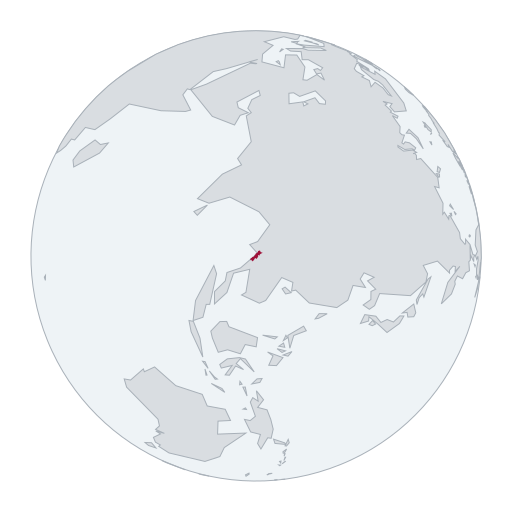 the Earth from above Mon, rotated 65°
{"feature_id": "MMR-3270", "entity_name": "Mon", "entity_type": "State", "adm_level": 1, "iso_a3": "MMR", "parent_name": "Myanmar", "parent_adm1": "", "projection": "orthographic", "projection_center": [97.638, 16.295], "detail": "fine", "context": "on_globe", "style": "filled", "palette": "rose", "viewbox_px": 512, "rotation_deg": 65, "n_neighbors": 0, "source": "natural_earth", "source_scale": "10m", "svg_char_len": 12040}
<svg xmlns="http://www.w3.org/2000/svg" viewBox="0 0 512 512"><g transform="rotate(65 256 256)"><circle cx="256" cy="256" r="225" fill="#eef3f6" stroke="#a8b0b8"/><path d="M470.6,323.9L470.1,325.4L470.0,325.7L470.6,323.9ZM353.1,52.7L355.1,54.0L364.1,58.9L356.5,55.1L378.3,68.2L386.0,75.3L372.9,64.9L368.2,62.2L371.2,65.4L367.0,63.4L366.1,64.0L360.8,61.5L353.6,56.4L350.0,55.0L352.4,57.4L348.6,57.0L345.6,53.5L338.7,52.7L325.3,45.6L321.7,40.9L309.9,37.5L304.5,36.0L321.1,40.3L337.4,45.9L353.1,52.7ZM371.4,63.4L369.3,61.7L372.8,64.1L371.4,63.4ZM366.9,64.5L368.8,65.8L367.5,65.7L366.9,64.5ZM358.2,62.0L355.5,61.7L357.0,61.0L358.2,62.0ZM353.1,61.0L346.7,61.1L350.4,63.6L336.1,57.2L346.4,58.8L347.6,57.4L349.6,59.4L353.1,61.0ZM295.8,34.3L298.9,34.9L291.1,33.6L286.5,32.8L286.8,32.8L295.8,34.3ZM286.1,32.7L283.6,32.5L282.8,32.3L286.1,32.7ZM329.3,54.0L326.7,53.5L328.0,53.1L329.3,54.0ZM278.7,31.9L278.9,31.9L272.3,31.3L273.6,31.4L278.7,31.9ZM304.1,36.0L304.3,36.3L298.0,35.2L297.2,35.2L291.0,33.6L304.1,36.0ZM270.9,31.2L269.0,31.1L264.9,30.9L265.9,30.9L270.9,31.2ZM282.1,32.2L282.7,32.4L280.2,32.1L282.1,32.2ZM268.2,31.1L269.7,31.2L270.6,31.3L268.1,31.2L268.2,31.1ZM287.0,33.2L284.3,32.9L289.2,33.8L284.7,33.4L281.4,32.5L280.9,32.7L279.5,32.6L278.4,32.1L287.0,33.2ZM268.4,31.6L262.7,31.0L254.8,30.9L253.4,30.8L266.3,31.0L268.4,31.6ZM274.4,31.9L270.4,31.6L270.7,31.4L273.6,31.5L274.4,31.9ZM282.8,33.5L290.6,34.3L291.1,34.6L282.8,33.5ZM266.1,31.5L267.5,31.7L265.5,31.5L266.1,31.5ZM277.6,32.8L280.3,33.0L280.8,33.2L277.6,32.8ZM268.2,32.1L266.3,31.8L268.2,31.8L268.2,32.1ZM272.5,32.5L272.4,32.7L270.0,31.9L273.6,32.5L272.5,32.5ZM277.6,33.0L278.8,33.2L276.4,32.9L277.6,33.0ZM262.0,32.8L258.5,31.8L262.8,31.6L265.5,32.5L262.0,32.8ZM76.7,119.6L74.5,122.7L77.0,126.5L76.2,129.2L69.0,138.2L65.3,157.9L72.3,151.5L75.8,164.7L82.6,168.6L97.2,151.1L86.2,144.2L91.1,134.1L105.4,131.8L116.1,139.0L118.3,135.4L117.3,124.1L125.6,119.6L117.7,119.8L116.5,124.2L111.5,124.8L112.2,120.9L115.1,119.2L113.6,116.0L100.2,125.6L97.6,131.2L89.9,128.7L84.9,138.0L80.8,140.7L87.7,126.1L91.5,121.8L99.5,105.4L94.8,109.5L86.9,125.6L86.8,123.5L80.4,130.2L85.1,123.4L95.0,105.8L92.0,104.7L77.9,118.2L78.2,117.7L98.1,95.3L96.0,98.6L101.4,93.7L110.6,84.8L109.1,87.0L112.5,84.1L112.4,85.6L120.9,81.2L122.1,82.4L133.7,75.0L135.9,74.9L128.4,79.1L123.8,83.2L127.8,87.8L131.0,87.0L138.2,82.0L138.4,84.4L144.9,79.1L151.3,80.2L148.9,74.7L157.4,69.9L165.7,68.0L168.1,65.7L154.5,68.9L149.4,71.3L145.8,74.7L131.7,81.6L128.5,81.4L141.7,71.3L138.7,70.3L150.2,63.8L179.8,57.4L188.0,58.5L183.9,69.6L177.2,71.6L175.4,68.3L169.5,75.6L173.6,72.9L173.8,75.2L181.9,72.0L182.4,73.5L189.3,68.2L190.8,69.8L186.4,73.1L199.6,70.7L205.0,73.6L207.8,72.5L209.2,70.4L215.1,76.0L216.9,74.9L215.6,72.6L218.3,69.1L225.5,65.5L227.1,67.6L224.8,69.2L222.3,76.2L215.8,80.7L217.2,81.3L223.3,77.9L226.2,69.3L230.0,66.6L229.6,70.4L230.0,68.8L232.5,68.1L236.4,69.7L237.3,65.5L261.6,58.1L271.6,61.2L268.5,64.8L287.2,64.2L297.1,69.1L295.9,66.8L304.1,65.8L301.1,64.2L301.2,63.1L320.8,61.6L326.7,63.5L333.8,61.7L333.2,60.7L329.3,59.0L336.1,57.2L350.4,63.6L351.1,65.5L359.6,68.8L359.8,72.9L363.9,78.4L359.2,81.9L362.9,86.5L365.8,87.4L373.0,94.9L377.7,108.3L361.0,93.3L351.5,75.6L354.2,82.1L349.8,79.7L348.4,81.6L350.7,86.7L353.3,87.8L337.3,93.7L335.2,108.4L344.6,108.0L351.4,113.0L357.2,132.8L342.3,159.8L351.1,169.5L352.2,175.8L345.7,179.6L344.0,170.3L336.7,166.8L336.7,161.5L325.7,165.4L325.2,157.9L316.9,165.2L320.9,171.3L330.8,170.1L323.7,180.5L334.8,191.4L336.9,204.6L321.1,227.6L303.7,234.4L302.8,238.6L295.5,233.7L286.4,241.8L300.4,266.0L300.2,272.9L285.2,285.6L284.7,280.5L265.4,267.3L262.1,283.6L276.8,297.8L281.9,313.9L270.7,308.6L265.6,294.4L258.7,289.3L260.3,275.1L254.2,253.5L243.0,256.9L243.6,248.4L233.5,230.3L217.2,234.6L191.5,254.8L188.3,276.3L179.3,284.8L167.6,251.9L167.3,230.6L159.9,231.5L150.4,212.0L124.9,205.6L124.1,199.7L118.7,201.0L112.5,193.7L112.3,184.3L107.2,183.4L108.4,208.2L114.1,209.4L122.9,202.4L121.8,210.9L128.2,220.1L111.0,236.6L77.8,244.8L79.3,228.3L78.9,179.6L81.5,175.3L81.7,174.7L82.0,173.7L77.1,180.5L78.6,171.4L73.7,203.6L70.8,216.8L77.3,245.6L75.5,247.6L79.0,254.2L96.1,253.5L95.2,258.8L84.2,280.7L64.7,306.6L70.1,330.1L73.4,348.6L67.4,356.3L74.2,371.3L72.0,373.9L76.0,381.9L77.8,388.5L78.4,393.1L73.2,387.7L68.7,381.2L67.5,379.4L65.8,376.7L57.6,362.8L50.5,348.3L44.4,333.4L39.4,318.0L36.9,307.6L34.3,294.3L30.8,261.5L31.2,246.8L31.5,239.0L31.4,238.2L33.3,222.2L36.2,206.4L40.3,190.8L45.5,175.6L51.8,160.8L59.1,146.5L67.4,132.7L76.7,119.6ZM122.4,157.4L132.0,161.7L136.1,148.5L140.2,149.3L140.1,144.7L136.4,147.5L137.5,135.7L144.7,134.1L147.8,129.0L144.8,127.4L131.4,132.5L129.8,149.0L124.0,152.9L122.4,157.4ZM131.7,69.1L128.9,71.4L124.7,74.0L123.3,74.2L129.2,70.2L131.7,69.1ZM125.8,74.3L139.3,65.2L140.8,65.3L137.6,66.6L137.3,67.6L132.2,70.2L120.3,79.9L115.9,83.0L115.6,80.6L118.1,79.4L120.8,76.9L125.8,74.3ZM171.2,47.6L177.1,45.2L172.6,48.3L167.7,50.2L165.9,50.0L170.7,47.7L171.2,47.6ZM261.6,30.8L259.8,30.8L261.6,30.8ZM256.1,30.7L255.9,30.7L256.1,30.7ZM224.4,32.9L224.7,32.9L233.3,32.2L243.0,31.4L246.4,31.4L242.8,31.7L248.6,31.5L244.1,32.3L246.4,32.5L244.3,33.7L236.0,34.8L239.2,35.0L237.7,36.4L230.9,37.7L232.4,36.3L223.9,39.0L222.0,37.9L221.1,38.3L217.0,38.3L210.4,39.1L210.6,38.5L208.0,39.1L205.2,39.3L201.7,40.1L200.7,39.5L196.3,40.5L198.3,39.7L191.0,41.7L196.0,40.0L192.8,40.6L189.7,41.9L191.8,40.1L208.0,35.9L224.4,32.9ZM261.1,33.1L251.6,33.9L245.9,34.0L252.0,31.9L250.6,31.6L254.3,30.9L262.5,31.1L260.7,31.2L260.9,31.4L258.2,31.2L260.4,31.5L258.0,31.8L259.0,32.2L255.7,32.3L261.1,33.1ZM79.4,126.8L79.6,128.1L80.7,129.0L76.7,133.6L79.4,126.8ZM85.9,114.7L86.6,114.8L81.5,121.1L81.4,120.1L85.9,114.7ZM91.3,109.9L87.0,114.4L89.3,111.3L91.3,109.9ZM129.5,79.2L130.8,79.4L129.3,80.7L126.5,82.1L129.5,79.2ZM205.3,47.9L207.1,46.5L208.5,46.3L215.6,43.8L217.6,44.8L214.1,46.7L205.3,47.9ZM92.8,153.2L88.4,155.6L88.4,153.2L90.0,152.8L92.8,153.2ZM80.2,144.0L81.0,148.4L79.1,145.2L80.2,144.0ZM208.7,48.5L211.3,47.2L210.7,48.5L208.7,48.5ZM219.4,45.4L219.4,46.7L218.7,44.6L219.4,45.4ZM184.5,454.9L189.1,457.2L185.7,456.8L184.5,454.9ZM96.6,354.3L98.3,383.6L91.7,381.3L86.3,371.3L82.8,352.8L89.2,349.9L91.1,342.1L96.6,354.3ZM336.8,350.0L343.2,350.7L342.9,351.7L336.8,350.0ZM330.2,346.8L337.6,346.9L328.8,348.9L330.2,346.8ZM340.4,346.9L347.9,344.8L351.2,343.0L350.5,345.1L340.4,346.9ZM325.1,346.9L297.2,346.8L286.1,344.0L288.8,340.4L306.8,341.5L325.1,346.9ZM287.9,340.3L270.8,329.6L246.8,298.2L255.4,299.2L280.3,318.4L278.8,321.6L289.1,330.0L287.9,340.3ZM329.0,321.4L327.3,330.9L312.0,330.2L305.0,328.7L300.2,316.4L302.9,310.2L308.7,310.4L330.6,289.1L338.4,294.2L331.7,303.2L338.0,311.5L329.0,321.4ZM189.3,278.5L194.3,292.0L189.4,293.5L189.3,278.5ZM339.1,274.0L330.5,283.5L338.3,270.9L339.1,274.0ZM343.5,262.1L344.2,266.9L340.5,262.4L343.5,262.1ZM302.9,245.2L296.8,246.2L296.5,242.8L304.1,239.6L302.9,245.2ZM338.4,215.9L338.9,225.7L338.0,229.0L334.9,223.1L338.4,215.9ZM229.6,59.1L217.5,61.1L210.2,64.1L208.1,67.9L205.8,63.8L217.2,59.2L229.6,59.1ZM257.5,57.8L259.2,55.1L261.9,56.2L261.9,57.0L257.5,57.8ZM256.1,56.2L251.7,53.4L255.0,51.9L257.8,54.4L256.1,56.2ZM229.8,49.7L226.0,50.1L226.7,48.9L229.8,49.7ZM405.3,424.7L401.6,427.8L419.9,410.5L405.3,424.7ZM378.1,435.4L381.1,429.6L387.7,427.8L382.3,433.5L378.1,435.4ZM429.3,400.0L430.5,398.5L435.7,391.5L432.0,396.7L429.3,400.0ZM362.5,413.8L320.2,428.7L311.7,427.4L315.4,422.1L310.7,405.8L313.7,406.1L313.7,394.8L339.6,383.5L358.7,363.2L371.3,363.6L381.9,348.7L394.3,348.6L389.6,360.2L401.2,366.1L412.2,340.0L416.2,365.7L422.5,373.5L420.6,389.1L397.7,418.1L387.4,424.6L386.8,422.6L382.2,425.8L377.0,425.6L376.9,417.7L372.2,420.8L378.0,414.0L370.7,420.3L369.2,415.3L362.5,413.8ZM449.8,354.1L450.8,354.4L451.4,358.1L449.9,358.0L449.8,354.1ZM467.7,331.0L467.4,332.8L466.6,334.1L467.7,331.0ZM470.0,325.7L469.2,327.4L470.6,323.9L470.0,325.7ZM459.1,336.4L459.3,337.8L458.7,338.6L459.1,336.4ZM458.7,336.1L459.8,333.1L459.3,335.8L458.7,336.1ZM455.0,323.7L455.9,322.1L456.1,323.1L455.0,323.7ZM352.6,350.4L361.7,342.8L366.4,341.9L352.6,350.4ZM454.1,321.1L452.1,321.5L452.4,320.0L454.1,321.1ZM454.6,317.7L454.5,315.7L455.4,320.2L454.6,317.7ZM450.9,314.2L453.2,317.2L450.6,314.7L450.9,314.2ZM449.3,315.1L447.5,313.9L447.6,313.3L449.3,315.1ZM425.7,322.2L433.0,333.1L426.6,333.8L419.6,327.4L413.2,335.2L399.2,335.5L402.7,330.8L401.0,324.3L386.0,322.9L383.0,318.8L388.5,315.4L378.3,312.6L389.5,309.9L393.9,318.5L400.1,311.0L410.5,311.7L420.2,313.6L427.6,319.3L425.7,322.2ZM389.2,329.7L391.1,329.5L389.3,332.4L389.2,329.7ZM443.9,309.8L446.6,313.6L446.2,314.7L444.8,314.3L443.9,309.8ZM429.4,317.5L437.5,308.9L439.3,308.7L433.9,318.0L429.4,317.5ZM435.8,304.3L439.3,304.8L441.1,308.7L440.3,309.9L435.8,304.3ZM366.3,322.8L365.8,325.3L362.8,323.5L366.3,322.8ZM370.2,321.1L379.1,323.3L369.3,323.3L370.2,321.1ZM342.4,313.5L345.1,319.4L353.7,315.3L347.1,321.0L352.8,330.5L350.7,334.2L345.1,323.9L342.9,334.8L339.0,334.7L337.1,325.5L341.1,313.9L344.9,309.1L360.3,306.6L342.4,313.5ZM370.2,313.9L367.8,307.0L369.6,302.3L372.2,305.9L370.2,313.9ZM360.4,290.6L353.7,282.8L347.9,286.1L359.5,274.5L364.0,283.8L360.4,290.6ZM354.4,273.2L348.9,276.1L354.4,269.4L354.4,273.2ZM347.4,273.4L346.5,267.8L350.9,268.5L347.4,273.4ZM357.2,273.3L357.8,263.8L360.3,269.3L357.2,273.3ZM344.0,255.4L353.9,264.3L341.4,260.7L339.7,242.5L345.0,242.0L344.0,255.4ZM365.7,182.5L363.8,177.6L368.2,176.4L368.3,180.1L365.7,182.5ZM380.7,169.6L368.7,174.5L358.8,179.3L362.5,181.4L361.3,189.9L355.1,182.2L361.2,172.8L369.0,170.9L369.0,164.0L373.9,159.3L371.1,150.9L372.9,147.3L377.8,154.5L380.7,169.6ZM369.5,147.5L366.2,133.3L375.0,135.2L377.7,138.7L375.5,144.2L371.0,142.9L369.5,147.5ZM368.0,130.6L363.6,129.3L349.6,109.8L348.8,106.3L364.2,121.2L360.8,120.9L362.7,125.7L368.0,130.6ZM328.1,54.6L326.8,53.6L329.3,54.5L328.1,54.6ZM299.3,62.2L299.8,60.8L302.8,61.7L299.3,62.2ZM302.8,57.7L299.2,57.7L302.4,56.8L302.8,57.7ZM291.1,58.0L297.4,57.3L292.3,59.3L291.1,58.0Z" fill="#d9dde1" stroke="#a8b0b8" stroke-width="1"/><path d="M258.2,260.2L258.0,260.3L258.1,260.5L258.0,260.8L258.2,261.0L257.9,261.1L257.7,261.0L257.5,260.7L257.4,260.7L257.3,260.8L257.0,260.8L256.9,261.0L256.8,261.3L256.7,261.4L256.7,261.5L256.6,261.4L256.7,261.2L256.6,260.9L256.7,260.7L256.6,260.4L256.5,260.2L256.4,260.0L256.4,259.9L256.3,259.7L256.5,259.5L256.6,259.4L256.5,259.2L256.4,258.7L256.4,258.4L256.4,258.2L256.3,257.8L256.3,257.7L256.2,257.5L256.0,257.4L255.9,257.2L255.7,256.9L255.8,256.8L255.9,256.7L256.0,256.2L256.0,255.9L255.9,255.6L256.0,255.4L256.1,255.2L256.4,255.0L256.6,255.1L256.8,255.0L256.9,255.3L257.0,255.3L257.1,255.5L257.3,255.5L257.4,255.8L257.5,255.9L257.6,256.0L257.7,256.3L257.8,256.3L257.9,256.5L257.7,256.6L257.4,256.6L257.2,256.6L256.9,256.6L256.7,256.6L256.8,256.8L256.9,257.0L256.8,257.3L256.7,257.5L256.8,257.7L256.8,257.8L256.9,258.0L256.9,258.3L257.0,258.5L257.3,258.8L257.4,259.0L257.5,259.1L257.7,259.4L257.8,259.5L257.9,259.8L258.0,259.8L258.1,260.0L258.2,260.2ZM256.2,254.9L256.1,255.0L255.9,255.1L255.7,255.0L255.4,255.1L255.2,255.1L255.0,255.3L254.9,254.7L254.7,254.6L254.6,254.4L254.5,254.1L254.5,253.9L254.5,253.7L254.4,253.8L254.4,253.7L254.3,253.4L254.3,253.2L254.2,253.0L254.2,252.9L254.3,252.8L254.5,252.9L254.4,252.7L254.2,252.7L254.2,252.8L254.0,252.7L253.9,252.5L253.9,252.4L253.9,252.2L253.7,252.2L253.2,251.7L253.2,251.4L253.2,251.0L253.2,250.9L253.3,250.8L253.5,250.8L253.7,251.0L253.8,251.0L254.0,251.1L254.0,251.3L254.4,251.2L254.5,251.1L254.6,250.9L254.8,250.9L254.9,250.7L255.0,250.6L255.2,250.4L255.2,250.5L255.1,251.0L255.3,251.1L255.3,251.4L255.3,251.5L255.4,251.8L255.5,251.9L255.6,252.0L255.6,252.4L255.5,252.5L255.6,252.8L255.4,252.9L255.4,253.0L255.5,253.0L255.4,253.1L255.4,253.3L255.5,253.4L255.5,253.5L255.5,253.8L255.6,254.0L255.7,254.3L255.8,254.5L256.0,254.6L256.1,254.8L256.2,254.9ZM255.8,255.5L255.8,255.8L255.7,256.0L255.7,256.3L255.5,256.2L255.3,256.0L255.4,255.9L255.4,255.7L255.3,255.4L255.4,255.2L255.5,255.2L255.8,255.2L255.9,255.3L255.8,255.5ZM256.1,258.9L256.1,259.0L256.0,258.8L256.1,258.9Z" fill="#f43f5e" stroke="#9f1239" stroke-width="1.5"/></g></svg>